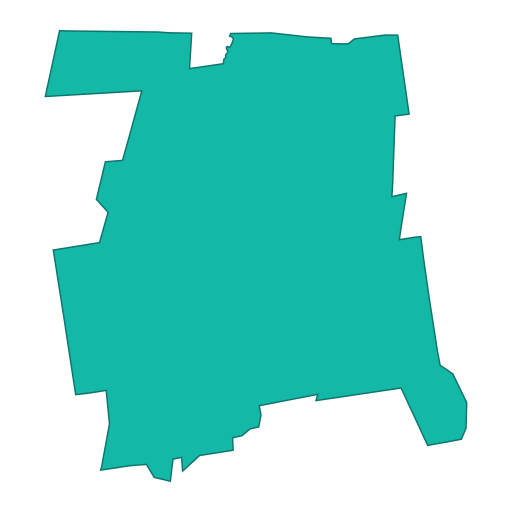 outline of Hartford, Connecticut, United States of America
{"feature_id": "52423323B68232654856936", "entity_name": "Hartford", "entity_type": "district", "adm_level": 2, "iso_a3": "USA", "parent_name": "United States of America", "parent_adm1": "Connecticut", "projection": "albers", "projection_center": [-72.721, 41.792], "detail": "fine", "context": "isolated", "style": "filled", "palette": "teal", "viewbox_px": 512, "rotation_deg": 0, "n_neighbors": 0, "source": "geoboundaries", "source_scale": "gbopen_adm2", "svg_char_len": 1234}
<svg xmlns="http://www.w3.org/2000/svg" viewBox="0 0 512 512"><path d="M397.7,35.1L384.9,35.1L368.2,37.2L354.4,38.9L348.2,43.9L342.9,43.9L331.6,43.6L330.9,38.3L307.0,36.9L271.3,32.9L230.8,33.5L229.6,36.1L232.3,37.2L233.5,38.9L232.0,43.3L229.7,47.4L229.2,47.4L227.6,46.5L226.5,46.8L226.4,48.4L227.0,49.9L228.1,51.0L227.1,53.2L225.7,54.8L225.7,57.6L223.8,59.4L223.4,63.7L217.9,64.5L189.5,68.6L191.7,33.2L169.0,32.8L157.8,32.0L157.7,32.0L79.7,31.1L65.8,30.9L59.6,30.7L45.3,96.5L141.8,90.8L128.9,137.7L122.5,160.4L105.4,161.8L96.4,199.4L108.1,212.3L99.5,242.6L53.3,250.0L65.3,326.4L65.5,328.1L75.7,394.6L88.9,393.1L106.2,390.4L109.5,423.7L101.5,467.5L100.7,470.1L129.9,465.7L130.1,465.7L146.4,464.4L154.2,477.4L164.5,479.8L170.3,481.3L173.0,459.1L181.6,457.4L182.6,471.1L199.6,455.5L233.1,450.2L232.6,437.8L242.0,435.7L250.2,428.8L258.7,427.0L261.0,414.8L259.2,405.7L317.8,394.3L316.0,400.6L374.7,391.9L401.1,388.0L427.7,445.4L453.5,440.7L461.4,439.2L466.0,428.2L466.7,402.6L452.8,373.9L440.1,365.2L437.2,349.8L431.8,314.7L429.2,298.1L423.3,256.7L422.5,250.1L420.7,236.6L414.4,237.3L399.3,239.7L400.7,230.0L406.5,193.3L391.9,196.7L392.6,184.9L395.1,116.0L409.1,114.1L397.7,35.1Z" fill="#14b8a6" stroke="#0f766e" stroke-width="1.5"/></svg>